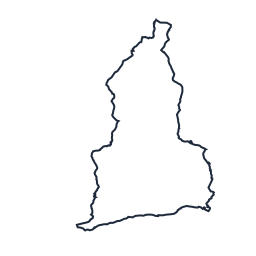 Varghis, Covasna, Romania (Albers equal-area conic projection), rotated 347°
{"feature_id": "2599482B86735407816142", "entity_name": "Varghis", "entity_type": "district", "adm_level": 2, "iso_a3": "ROU", "parent_name": "Romania", "parent_adm1": "Covasna", "projection": "albers", "projection_center": [25.537, 46.156], "detail": "fine", "context": "isolated", "style": "outline", "palette": "slate", "viewbox_px": 256, "rotation_deg": 347, "n_neighbors": 0, "source": "geoboundaries", "source_scale": "gbopen_adm2", "svg_char_len": 5882}
<svg xmlns="http://www.w3.org/2000/svg" viewBox="0 0 256 256"><g transform="rotate(347 128 128)"><path d="M56.6,213.4L59.3,214.3L62.0,216.1L62.6,217.6L63.1,218.0L63.4,218.2L64.8,217.8L66.2,218.0L66.7,218.3L67.8,219.1L70.5,219.0L72.0,218.3L72.2,217.8L72.8,217.4L73.0,217.9L73.4,217.8L73.8,217.5L76.6,216.5L77.9,216.3L79.1,216.2L80.1,216.4L82.1,216.3L84.9,216.7L85.9,217.2L87.5,216.7L89.8,216.4L91.0,216.9L92.6,217.0L96.4,216.3L97.4,216.4L98.4,216.6L99.5,216.6L104.2,215.6L105.9,215.8L107.4,215.4L108.2,214.6L112.1,216.0L112.8,216.0L115.5,215.3L120.0,215.9L121.9,216.4L122.7,216.8L123.8,216.9L125.6,216.6L128.7,217.0L131.9,217.9L135.7,220.1L137.6,220.6L137.8,220.6L138.1,220.2L138.1,219.8L142.1,220.9L145.5,221.0L150.5,221.7L153.6,221.9L154.0,221.9L155.2,221.2L156.0,221.2L157.7,219.9L157.7,219.6L158.0,219.2L158.9,219.0L159.6,218.5L161.2,218.3L161.2,217.9L161.4,217.8L163.7,217.3L167.4,217.2L168.9,217.6L169.2,217.9L173.1,219.3L174.4,220.0L177.5,221.1L178.1,221.2L179.0,220.6L180.9,221.5L182.1,222.8L182.7,223.7L183.4,223.3L184.1,222.5L184.4,222.5L185.0,223.2L184.6,224.1L184.4,224.3L185.3,225.3L187.7,227.1L189.0,226.0L189.9,224.7L189.9,224.3L189.5,223.7L189.0,223.4L187.5,222.9L187.6,222.5L188.0,222.1L188.3,222.2L188.5,221.9L188.4,221.5L187.7,221.1L187.5,220.7L187.4,219.2L190.4,217.1L190.8,216.7L190.9,216.0L191.9,215.6L193.5,215.3L193.7,215.1L193.6,214.3L193.9,213.9L194.9,213.3L195.4,212.7L196.1,212.6L196.4,212.4L196.5,211.7L196.6,210.5L197.1,210.2L196.8,209.6L195.8,208.9L194.3,208.3L193.0,204.2L198.5,197.2L198.8,196.2L198.1,195.9L198.1,195.7L198.2,194.9L198.8,193.6L198.9,193.0L198.5,191.3L199.0,189.2L198.5,188.0L199.2,187.7L199.1,187.0L198.7,186.4L198.6,186.0L199.0,184.3L198.7,183.1L199.0,182.1L199.6,181.1L198.9,179.9L198.1,180.5L197.7,179.7L196.9,177.7L195.5,174.9L195.3,172.8L195.4,171.8L195.3,171.0L195.7,169.5L198.0,167.1L198.4,166.2L198.9,166.2L197.7,165.0L195.1,163.1L193.9,161.4L193.1,160.8L189.2,159.4L187.8,158.5L187.2,157.9L187.0,157.4L186.7,155.1L186.3,154.8L185.3,155.1L185.1,155.5L185.1,156.4L184.4,155.7L183.6,154.6L183.4,154.5L180.3,154.0L179.7,153.8L178.1,152.7L177.7,152.3L177.6,151.7L177.4,151.3L175.7,149.9L175.3,149.4L175.2,148.8L175.6,148.3L175.7,147.7L175.0,145.1L175.2,144.3L176.0,143.4L177.1,140.5L177.3,140.1L177.8,139.8L177.6,139.4L178.4,137.2L178.3,136.6L178.5,135.0L178.3,133.8L178.5,132.1L178.8,131.0L178.6,129.7L178.8,128.0L178.6,126.2L179.5,125.0L180.5,124.1L180.8,123.6L182.6,122.3L182.7,121.8L182.2,120.6L182.6,119.1L182.4,117.6L182.2,117.1L183.0,116.1L184.8,114.1L185.1,113.3L185.2,112.2L185.4,111.5L186.3,110.4L186.9,108.9L188.7,105.9L189.1,105.0L189.6,103.2L190.1,100.3L189.5,98.5L189.1,97.7L187.8,96.7L185.1,94.1L184.4,93.7L182.6,91.5L182.6,90.4L182.7,89.9L183.1,89.0L184.5,87.4L185.2,85.8L185.2,85.4L185.1,85.0L184.6,84.0L184.7,83.2L184.4,82.6L184.2,81.1L183.8,79.5L183.5,77.1L182.9,75.3L182.6,73.6L182.6,71.4L183.2,70.0L183.2,69.1L182.7,67.4L180.2,62.2L179.7,62.3L177.8,59.6L181.5,56.8L181.9,56.4L182.9,54.4L183.9,53.2L187.7,51.2L187.8,50.8L187.7,50.3L187.6,49.8L187.2,49.2L187.1,45.9L187.2,45.2L187.7,44.6L187.9,44.2L188.0,43.8L188.3,43.6L188.4,43.3L188.9,42.8L189.3,42.2L190.1,42.1L190.1,41.9L189.8,41.6L190.2,41.1L192.3,39.4L193.0,37.3L189.8,34.4L189.2,34.1L183.1,32.5L180.4,29.8L179.8,28.9L179.3,29.5L177.3,30.7L177.3,30.9L177.7,31.3L177.6,31.5L176.7,31.8L176.6,32.3L176.9,32.5L176.8,33.3L176.3,34.1L176.1,35.2L176.1,35.9L176.4,36.1L176.4,36.8L176.0,38.2L175.2,38.9L175.0,39.7L174.4,40.1L173.9,42.1L173.8,43.1L173.9,44.1L173.2,44.7L173.2,45.0L172.9,45.4L171.0,45.6L169.7,44.9L169.2,44.8L168.2,45.3L167.7,45.0L167.4,44.5L165.8,43.7L165.4,43.2L163.3,43.1L162.5,42.6L161.6,44.1L160.4,47.1L160.2,47.3L159.3,47.1L158.2,47.5L154.8,49.9L153.9,50.3L152.5,50.5L151.8,51.2L150.6,51.8L150.3,52.1L150.3,52.4L150.7,53.2L150.8,54.1L148.8,53.6L148.5,56.4L149.0,57.8L148.4,58.5L144.5,60.0L143.1,60.7L140.7,61.3L138.8,61.5L138.0,62.4L136.9,64.6L130.9,69.9L129.9,70.4L127.7,70.9L123.7,74.7L122.6,75.3L119.4,76.7L118.8,77.7L117.1,79.6L116.6,81.2L117.0,81.5L117.8,82.6L118.1,83.4L118.2,85.2L118.4,86.4L119.1,87.2L119.6,88.5L120.1,89.2L120.3,89.7L120.4,91.1L121.7,91.7L121.9,92.7L121.7,94.6L121.2,95.4L121.0,95.7L119.9,96.1L118.0,98.1L119.4,102.1L119.5,103.9L119.1,105.3L117.9,107.3L116.4,110.7L115.9,111.5L115.7,111.5L115.5,112.2L115.6,112.8L116.1,114.0L117.9,117.0L118.7,118.1L119.6,118.7L120.3,119.1L119.4,119.6L117.7,121.7L117.5,122.2L117.2,123.6L116.5,124.7L114.8,126.7L112.2,128.2L111.7,128.7L111.1,130.1L110.9,132.0L110.5,132.7L110.0,134.4L109.9,135.2L110.1,135.9L110.0,136.2L109.5,137.1L109.1,137.2L108.6,137.8L108.6,138.1L108.3,138.2L107.9,137.9L107.8,138.0L108.1,138.8L107.8,139.1L107.9,139.8L107.7,140.2L107.5,140.3L107.0,140.2L106.6,141.0L105.7,141.0L105.0,140.5L103.3,141.1L102.5,140.6L99.9,140.5L99.1,140.8L98.7,141.3L97.4,141.9L96.7,142.4L96.1,142.5L95.8,142.7L95.8,143.1L94.2,143.3L91.1,142.8L88.7,142.9L88.0,143.8L87.1,144.6L86.7,145.9L86.2,146.8L86.2,148.3L86.6,148.9L86.6,150.9L86.8,151.2L87.1,151.5L87.6,154.2L88.3,155.8L88.5,156.8L88.8,157.4L89.0,159.0L89.1,159.6L88.9,160.5L88.4,161.1L87.0,162.1L86.2,163.1L86.0,163.7L85.3,164.3L85.4,165.9L86.3,168.8L85.6,171.0L85.9,171.4L85.9,171.7L85.4,175.1L85.6,176.4L86.2,177.4L86.3,178.9L85.4,179.5L85.1,180.1L84.5,180.5L83.9,181.5L83.5,181.6L83.0,182.3L82.2,182.6L81.7,183.7L81.0,184.0L81.3,184.4L80.9,185.0L80.7,185.0L81.0,185.4L81.1,185.8L80.6,186.0L80.6,186.3L80.0,186.4L79.9,186.9L79.5,186.9L79.5,187.3L79.9,187.6L80.2,188.1L80.6,188.0L80.9,188.2L80.5,188.3L79.9,188.8L78.8,190.2L78.2,190.7L77.9,191.1L77.6,192.4L76.7,193.6L75.4,194.1L74.7,195.0L74.5,195.9L74.6,196.7L74.4,197.8L74.7,198.5L74.7,198.8L74.6,200.7L74.4,202.0L74.0,203.0L72.5,204.1L73.6,205.3L74.1,206.2L73.9,206.9L73.5,207.1L73.2,208.0L72.1,208.2L71.8,208.5L71.0,208.7L70.9,208.9L70.1,209.3L69.9,209.8L69.0,210.4L68.4,210.4L67.8,210.7L56.4,210.8L56.6,213.4Z" fill="none" stroke="#1e293b" stroke-width="2"/></g></svg>